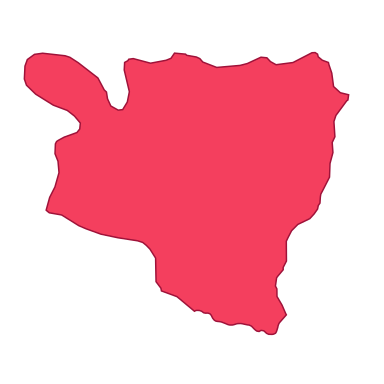 outline of Villa Nueva, Guatemala, rotated 357°
{"feature_id": "79465075B28171431447945", "entity_name": "Villa Nueva", "entity_type": "district", "adm_level": 2, "iso_a3": "GTM", "parent_name": "Guatemala", "parent_adm1": "", "projection": "mercator", "projection_center": [-90.605, 14.533], "detail": "fine", "context": "isolated", "style": "filled", "palette": "rose", "viewbox_px": 384, "rotation_deg": 357, "n_neighbors": 0, "source": "geoboundaries", "source_scale": "gbopen_adm2", "svg_char_len": 2118}
<svg xmlns="http://www.w3.org/2000/svg" viewBox="0 0 384 384"><g transform="rotate(357 192 192)"><path d="M188.2,311.2L189.8,310.5L191.2,310.5L193.2,310.7L195.4,311.6L197.3,313.2L199.1,313.7L201.0,313.7L202.3,314.0L203.7,314.7L204.8,316.2L205.4,317.6L206.1,319.2L207.5,321.1L208.9,322.1L210.3,322.5L212.8,322.9L214.5,323.3L218.3,325.0L221.0,326.3L222.7,326.8L224.3,326.9L225.7,326.9L227.3,326.6L229.4,326.0L231.0,325.8L233.9,325.9L235.8,326.3L237.1,326.7L240.5,327.6L242.2,327.9L244.4,329.1L247.0,332.1L248.2,333.3L249.5,334.3L251.7,334.8L253.7,333.8L256.3,334.3L257.7,335.6L259.0,337.0L261.1,338.1L264.6,338.4L266.1,338.2L268.0,337.4L268.9,336.1L269.6,334.4L270.5,331.9L271.0,330.0L271.9,327.9L272.9,326.7L279.8,319.6L279.2,318.3L276.0,309.7L271.4,300.8L271.7,293.2L270.4,290.3L272.0,282.1L273.4,280.4L279.0,274.4L279.1,272.1L282.7,265.9L283.6,246.1L285.6,242.4L289.4,235.9L296.0,229.9L308.2,224.8L312.8,220.3L316.5,215.6L317.4,212.1L319.2,209.8L319.9,203.8L320.5,200.9L323.4,196.0L330.1,184.4L331.3,170.8L334.8,160.0L334.6,149.9L337.6,144.3L337.4,129.1L339.7,123.1L351.3,109.0L352.5,108.3L353.5,103.1L345.3,100.6L338.9,94.1L337.8,80.6L335.4,72.0L335.0,69.8L329.0,67.2L325.1,63.6L324.6,60.9L322.2,59.2L319.1,59.2L299.6,68.0L282.6,69.3L277.2,65.9L273.8,61.9L267.9,61.0L254.0,66.6L246.6,68.1L223.2,68.9L209.6,62.8L206.8,59.2L203.4,57.4L193.8,55.2L192.8,54.0L181.8,52.4L178.0,57.4L173.0,59.1L157.3,61.2L140.3,55.7L135.8,56.1L134.8,57.5L131.5,59.1L130.7,66.6L134.7,88.6L132.1,98.8L127.1,106.1L122.6,106.4L117.2,103.0L115.4,101.8L112.5,94.5L111.8,87.7L109.7,85.5L104.0,73.2L85.1,56.9L77.1,51.1L72.4,49.3L50.1,45.6L41.9,46.3L34.5,51.1L31.8,57.5L30.5,70.4L32.3,76.7L41.0,86.1L58.0,98.0L71.7,104.0L78.6,110.0L84.1,117.3L83.2,123.2L80.2,126.6L67.3,130.5L65.0,131.6L61.2,133.4L59.4,134.5L58.1,136.8L57.2,146.6L59.8,154.3L60.2,165.7L55.4,179.8L49.6,189.9L45.4,202.5L46.7,203.8L48.4,205.3L60.6,208.1L77.2,219.7L84.3,223.2L99.0,229.4L115.6,233.8L135.2,237.9L140.2,239.8L143.5,242.8L147.0,246.8L152.2,256.1L151.4,279.7L155.9,286.4L156.3,289.2L171.5,295.7L188.2,311.2Z" fill="#f43f5e" stroke="#9f1239" stroke-width="1.5"/></g></svg>